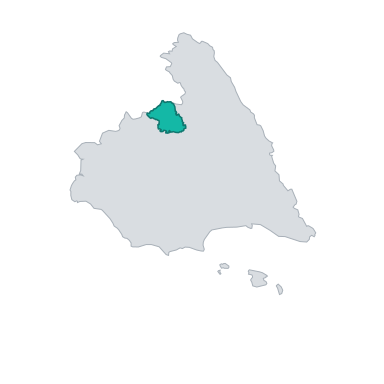 Salamanca on a map of Spain (Albers equal-area conic projection), rotated 54°
{"feature_id": "ESP-5841", "entity_name": "Salamanca", "entity_type": "Autonomous Community", "adm_level": 1, "iso_a3": "ESP", "parent_name": "Spain", "parent_adm1": "", "projection": "albers", "projection_center": [-6.114, 40.774], "detail": "fine", "context": "in_parent", "style": "filled", "palette": "teal", "viewbox_px": 384, "rotation_deg": 54, "n_neighbors": 0, "source": "natural_earth", "source_scale": "10m", "svg_char_len": 6760}
<svg xmlns="http://www.w3.org/2000/svg" viewBox="0 0 384 384"><g transform="rotate(54 192 192)"><path d="M199.7,97.9L199.8,98.8L201.4,100.4L206.0,101.2L207.2,101.9L207.1,104.3L206.1,106.4L207.2,107.2L208.3,107.1L209.6,105.4L209.9,106.5L212.1,107.4L216.8,109.0L220.1,109.0L223.7,112.5L229.2,111.5L234.4,114.7L239.1,113.6L240.2,114.2L247.4,113.7L247.6,110.8L248.4,109.6L261.2,112.6L263.0,114.9L262.8,116.2L263.7,119.1L265.4,118.8L268.6,116.9L273.0,118.5L274.3,120.2L275.2,120.2L278.3,118.2L287.2,119.4L287.4,118.0L288.0,117.5L291.6,115.9L293.0,115.5L297.8,115.9L298.5,117.5L299.5,118.1L300.0,119.5L297.4,120.6L297.4,123.1L299.3,125.0L299.9,128.6L295.6,133.7L282.8,142.9L278.8,148.0L268.9,151.4L258.6,155.8L252.8,162.5L254.5,162.9L256.5,164.9L256.0,165.9L253.3,167.6L250.9,168.2L246.8,176.3L241.0,184.7L238.9,188.5L234.4,198.2L234.6,200.9L237.7,210.0L239.3,212.4L241.5,214.3L245.5,215.7L246.6,217.4L245.3,219.1L241.7,222.3L235.2,226.7L232.5,230.0L232.1,233.0L230.2,234.5L229.7,238.7L227.3,244.7L227.2,246.2L229.5,248.2L227.5,249.7L217.0,250.8L210.7,255.7L207.6,259.9L205.0,267.6L201.6,272.2L200.0,273.1L197.4,271.2L194.3,271.1L191.3,271.8L189.8,273.4L187.4,274.4L184.9,273.7L179.7,273.5L177.4,273.7L173.8,275.0L170.7,274.3L165.4,274.0L154.0,275.3L152.6,275.8L147.6,280.9L142.1,281.1L137.1,283.2L133.8,288.2L133.2,290.9L132.2,290.2L131.4,290.5L131.0,292.5L127.6,293.7L123.6,292.1L120.4,289.7L118.7,289.5L115.9,285.7L114.8,283.3L113.9,280.7L113.9,278.8L111.4,277.7L110.8,275.3L112.6,272.2L115.0,270.5L112.8,270.6L111.2,272.6L109.2,269.4L101.0,263.1L101.4,260.9L100.0,262.5L99.1,262.9L94.9,262.6L90.0,263.3L88.2,252.6L89.5,248.9L94.9,241.7L98.3,240.7L99.7,237.0L96.6,237.1L91.8,229.8L93.2,223.1L98.1,218.1L98.9,216.0L99.1,214.2L98.2,212.8L95.5,212.0L92.9,206.7L92.3,203.3L90.1,201.4L88.4,198.1L90.0,197.6L96.8,197.7L98.5,196.9L99.7,194.7L101.1,191.0L101.4,188.8L98.8,185.6L98.7,184.9L99.1,183.9L103.2,180.4L102.4,177.7L103.1,172.2L102.8,168.9L102.4,166.3L101.0,162.8L101.9,161.5L104.0,160.3L105.7,157.5L108.2,155.2L111.4,153.3L115.2,149.2L114.6,147.3L113.3,146.3L108.7,145.5L108.4,144.6L108.5,140.2L107.3,138.4L105.6,138.6L103.1,137.8L102.4,138.3L99.2,138.1L96.9,137.3L96.0,137.9L95.7,139.5L91.9,141.1L89.7,141.0L86.2,139.5L82.2,139.9L81.8,139.6L78.3,141.3L77.2,141.4L75.8,139.1L77.8,135.9L76.2,132.9L75.2,132.7L68.8,134.8L65.1,137.6L63.6,138.0L63.1,137.4L63.0,133.3L67.0,128.9L64.6,128.6L64.7,127.3L66.4,125.3L64.8,123.7L65.0,119.2L61.5,120.6L60.6,120.3L60.7,118.5L62.9,115.0L60.7,114.5L59.1,113.1L57.1,110.1L57.1,108.6L58.4,105.0L61.4,103.4L64.3,101.0L68.3,101.6L74.3,99.6L76.3,98.6L76.3,97.1L75.6,95.9L76.3,94.9L81.2,92.0L84.1,91.7L87.0,90.3L89.0,91.3L90.7,91.0L92.7,92.2L95.3,94.8L99.1,96.0L102.1,95.2L117.8,95.0L122.2,93.7L125.7,95.3L132.4,96.0L136.4,97.3L147.5,99.4L151.6,99.4L159.6,96.9L161.8,97.5L165.0,96.3L166.6,96.4L168.6,97.9L175.8,99.8L177.6,98.0L179.0,97.5L184.2,98.4L189.4,100.4L192.1,100.5L196.0,99.7L199.7,97.9ZM303.8,185.1L305.9,185.8L307.8,184.8L308.9,184.9L310.0,185.2L310.5,186.8L307.0,195.4L303.7,198.0L300.0,196.6L298.0,196.4L297.3,195.8L296.6,193.2L295.6,192.5L294.2,192.3L291.7,194.6L290.7,193.3L289.4,193.2L288.8,192.4L288.7,191.3L296.4,184.2L298.7,182.5L303.6,180.4L304.4,180.5L303.8,181.6L304.6,182.4L303.8,185.1ZM326.9,179.1L326.4,181.5L319.9,179.2L317.8,179.1L317.3,178.7L317.2,176.4L321.3,175.6L324.8,176.3L326.9,179.1ZM271.6,211.2L271.0,212.9L267.9,212.6L267.1,212.0L267.6,210.1L268.5,209.8L268.5,208.5L269.3,207.1L273.6,205.7L274.7,206.5L275.0,207.7L272.6,210.8L271.6,211.2ZM275.2,217.4L274.8,217.8L271.4,217.8L271.2,216.7L271.8,215.2L273.1,216.5L275.1,216.6L275.2,217.4Z" fill="#d9dde1" stroke="#a8b0b8" stroke-width="1"/><path d="M101.9,182.0L101.9,181.8L102.0,181.6L103.0,180.8L103.2,180.7L103.5,180.0L102.8,179.4L102.4,178.6L102.3,177.8L102.6,176.8L103.1,176.2L103.2,175.9L103.1,175.4L102.9,175.0L102.6,174.8L102.5,174.5L102.4,174.1L102.6,173.7L103.0,172.8L103.2,172.4L103.2,172.1L103.1,171.6L103.0,170.7L102.7,169.8L102.7,169.5L102.7,169.0L102.7,168.7L102.8,168.6L102.8,168.4L102.8,168.1L102.7,168.0L102.8,167.3L103.1,167.2L103.2,166.9L103.1,166.5L102.9,166.4L102.6,166.3L102.4,166.1L102.2,165.5L101.8,164.4L101.6,164.0L100.9,163.3L100.7,163.0L100.7,162.7L100.9,162.3L101.0,161.8L101.4,161.6L102.6,161.7L103.2,161.7L103.5,161.4L104.2,160.2L104.4,159.8L104.4,159.1L104.4,158.9L104.7,158.6L105.4,158.0L105.5,157.8L105.7,157.4L106.4,156.3L106.6,156.1L107.0,156.0L108.3,156.0L108.4,155.9L109.6,155.4L109.9,155.2L113.0,155.8L116.8,158.0L117.2,157.6L118.3,157.7L118.8,157.9L118.9,158.0L118.9,158.4L118.8,158.7L118.8,158.8L119.2,159.2L119.4,159.2L119.6,159.2L119.8,158.9L120.0,158.9L120.1,159.0L120.2,159.3L120.4,159.4L120.7,159.4L121.0,159.2L121.1,158.9L121.1,158.7L121.0,158.4L121.0,157.8L121.0,157.3L121.2,157.0L121.6,157.0L123.1,157.5L125.1,157.1L125.8,156.7L126.1,156.7L126.7,157.4L127.1,157.6L128.3,157.7L129.3,158.5L131.1,158.2L131.2,159.2L131.3,159.3L132.0,159.3L132.5,159.9L132.7,160.0L132.9,160.0L133.1,160.0L133.2,159.9L133.3,159.8L133.4,159.6L133.5,158.3L134.0,157.9L134.3,158.0L134.6,158.4L134.8,158.6L135.0,158.7L135.5,158.6L136.7,159.6L136.3,160.4L136.2,160.9L136.3,161.7L136.4,161.9L136.5,162.0L136.9,162.0L137.0,162.1L137.2,162.3L137.2,162.5L137.3,163.0L137.3,163.4L137.2,163.7L136.7,164.3L137.1,165.3L136.1,166.5L136.1,167.5L136.1,167.8L135.7,168.5L135.0,169.1L134.5,169.9L132.1,171.7L131.7,173.1L131.1,173.6L130.4,174.0L129.2,174.1L129.2,175.0L130.7,175.0L130.2,176.8L130.1,177.1L129.8,177.3L129.1,177.4L129.2,178.1L129.0,178.4L128.7,178.4L128.4,178.2L128.0,177.6L127.9,177.1L127.6,177.0L127.1,177.1L125.7,178.3L125.5,178.5L125.6,178.8L125.8,179.3L125.9,179.7L125.9,180.0L125.8,180.3L124.9,181.7L124.2,182.0L123.8,181.9L123.6,181.8L123.6,181.7L123.8,181.3L123.8,181.2L123.8,180.9L123.7,180.7L123.5,180.4L123.3,180.4L123.2,180.5L122.7,180.7L122.1,180.9L121.9,181.0L121.7,181.3L121.6,181.6L121.5,181.8L121.4,182.0L121.2,182.1L120.9,182.0L120.4,181.8L119.7,181.5L119.4,181.3L119.2,181.1L119.0,180.8L118.5,180.6L117.8,180.3L117.6,180.1L117.7,179.8L117.7,179.6L117.8,179.5L117.8,179.4L117.9,179.2L118.0,179.0L118.0,178.9L117.9,178.8L117.5,178.7L117.3,178.5L117.1,178.4L117.1,178.2L116.7,177.9L116.2,177.5L116.0,177.3L115.3,176.9L114.9,176.8L114.7,176.8L114.5,177.0L113.8,177.5L113.6,177.6L113.3,177.6L113.0,177.7L112.7,177.8L112.6,178.0L112.4,178.1L112.3,178.3L112.3,178.5L112.2,178.7L112.0,178.8L111.4,178.9L111.2,179.0L110.6,179.6L109.8,179.8L109.7,179.9L109.2,180.1L108.5,180.7L108.3,180.8L108.2,181.0L108.3,181.5L108.3,181.9L108.1,182.0L107.7,182.3L106.3,182.5L106.0,182.6L105.8,182.7L105.6,182.8L105.4,182.8L105.0,182.6L104.9,182.6L104.2,183.0L103.8,182.9L103.7,182.9L103.3,183.0L103.1,183.0L102.9,182.9L102.7,182.8L102.5,182.7L102.1,182.2L101.9,182.0Z" fill="#14b8a6" stroke="#0f766e" stroke-width="1.5"/></g></svg>